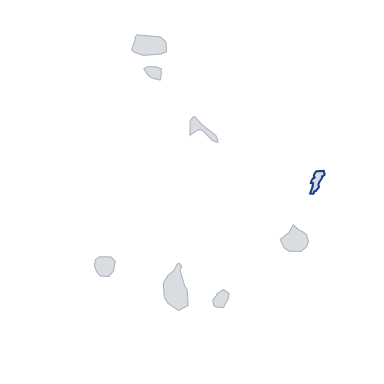 where Sal sits in Cabo Verde, rotated 30°
{"feature_id": "CPV-5056", "entity_name": "Sal", "entity_type": "state/province", "adm_level": 1, "iso_a3": "CPV", "parent_name": "Cabo Verde", "parent_adm1": "", "projection": "orthographic", "projection_center": [-22.924, 16.727], "detail": "fine", "context": "in_parent", "style": "outline", "palette": "blue", "viewbox_px": 384, "rotation_deg": 30, "n_neighbors": 0, "source": "natural_earth", "source_scale": "10m", "svg_char_len": 1768}
<svg xmlns="http://www.w3.org/2000/svg" viewBox="0 0 384 384"><g transform="rotate(30 192 192)"><path d="M245.4,292.1L239.6,301.3L226.8,300.5L220.3,296.7L212.7,285.2L212.9,276.3L215.7,268.6L215.2,261.9L216.3,260.1L220.2,261.3L220.9,265.8L232.4,276.9L236.7,279.1L245.4,292.1ZM81.6,98.0L72.3,99.9L68.4,98.9L67.2,90.9L65.4,85.7L65.8,83.4L87.2,73.4L94.7,75.2L99.8,83.4L96.2,87.9L81.6,98.0ZM296.1,169.8L304.0,171.6L307.1,171.0L312.2,171.4L317.6,176.6L318.6,182.1L315.9,189.1L305.4,194.8L299.3,194.2L292.1,188.9L296.2,178.7L296.1,169.8ZM162.2,306.8L154.7,310.6L149.5,308.9L144.5,304.9L142.2,299.2L144.2,294.4L154.3,288.7L160.3,290.6L163.5,299.6L162.2,306.8ZM184.4,131.1L188.3,134.1L189.6,136.2L183.8,137.2L169.6,133.3L165.8,135.6L161.9,143.9L154.8,131.3L155.3,126.7L156.9,125.4L166.9,128.8L184.4,131.1ZM270.7,279.4L268.0,279.7L264.0,275.2L264.9,269.0L264.4,267.4L268.0,260.8L274.9,261.4L276.7,266.3L277.0,276.4L270.7,279.4ZM108.4,111.0L100.5,113.3L95.7,113.0L88.7,109.4L91.0,105.6L98.6,101.5L103.8,100.6L107.9,108.2L108.4,111.0ZM298.9,127.8L295.8,132.9L292.1,125.4L290.1,123.6L289.1,112.9L294.6,109.7L297.3,109.4L297.4,120.5L298.9,127.8Z" fill="#d9dde1" stroke="#a8b0b8" stroke-width="1"/><path d="M295.0,134.3L293.8,126.8L292.4,123.8L290.4,124.8L290.0,123.4L289.8,121.4L290.1,119.6L291.0,118.6L291.0,118.0L289.9,117.6L289.2,116.7L289.0,115.3L289.1,112.2L291.1,110.6L295.6,107.8L296.1,108.5L297.9,110.1L298.2,110.8L298.1,111.3L297.5,112.5L296.8,113.4L297.0,113.7L297.4,113.9L297.6,114.3L297.3,120.2L297.6,122.0L298.0,122.7L299.3,123.9L299.5,124.5L299.4,125.6L299.0,127.5L298.9,128.6L298.8,129.1L297.9,129.8L297.6,130.3L297.6,130.8L297.8,131.5L298.1,132.1L298.2,132.3L297.6,133.1L296.9,133.5L296.1,133.8L295.0,134.3Z" fill="none" stroke="#1e3a8a" stroke-width="2"/></g></svg>